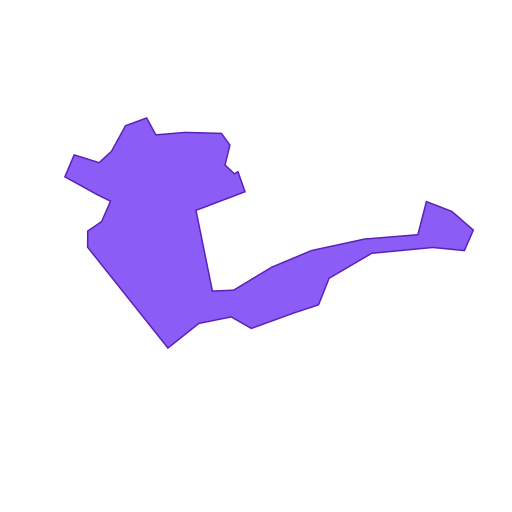 outline of Plaines Wilhems, rotated 104°
{"feature_id": "MUS-5188", "entity_name": "Plaines Wilhems", "entity_type": "District", "adm_level": 1, "iso_a3": "MUS", "parent_name": "Mauritius", "parent_adm1": "", "projection": "natural_earth1", "projection_center": [57.506, -20.307], "detail": "fine", "context": "isolated", "style": "filled", "palette": "violet", "viewbox_px": 512, "rotation_deg": 104, "n_neighbors": 0, "source": "natural_earth", "source_scale": "10m", "svg_char_len": 647}
<svg xmlns="http://www.w3.org/2000/svg" viewBox="0 0 512 512"><g transform="rotate(104 256 256)"><path d="M366.6,319.2L288.2,421.5L272.5,425.3L259.9,414.1L238.0,410.4L234.8,425.3L225.4,460.6L201.9,456.9L203.4,430.8L189.3,421.5L161.1,414.1L148.5,395.5L162.7,382.5L153.2,354.6L145.4,319.2L154.8,308.1L175.2,308.1L181.5,296.9L178.6,293.9L196.3,282.2L226.2,325.3L300.6,289.8L294.6,269.5L263.0,238.0L237.3,203.5L213.3,154.8L196.2,104.1L162.0,103.8L165.4,76.7L178.3,51.4L200.3,55.1L205.0,86.7L225.4,144.4L259.9,179.7L288.2,183.5L302.3,205.8L327.4,243.0L321.1,265.3L335.2,295.1L366.6,319.2Z" fill="#8b5cf6" stroke="#5b21b6" stroke-width="1.5"/></g></svg>